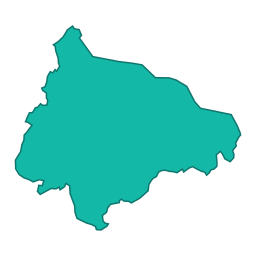 outline of Agros, Nicosia, Cyprus
{"feature_id": "46923920B12968995104077", "entity_name": "Agros", "entity_type": "district", "adm_level": 2, "iso_a3": "CYP", "parent_name": "Cyprus", "parent_adm1": "Nicosia", "projection": "robinson", "projection_center": [33.017, 34.919], "detail": "fine", "context": "isolated", "style": "filled", "palette": "teal", "viewbox_px": 256, "rotation_deg": 0, "n_neighbors": 0, "source": "geoboundaries", "source_scale": "gbopen_adm2", "svg_char_len": 1793}
<svg xmlns="http://www.w3.org/2000/svg" viewBox="0 0 256 256"><path d="M127.9,62.7L118.2,61.5L92.8,56.6L79.3,37.9L81.5,35.4L79.1,29.6L74.4,28.8L72.6,26.1L70.1,27.9L67.5,29.8L63.2,36.9L58.1,41.7L53.4,44.8L55.2,46.4L55.8,50.9L56.8,54.0L58.2,58.3L58.5,63.1L59.7,66.2L56.5,71.3L55.1,69.6L52.8,72.8L50.2,71.7L47.5,76.5L46.7,82.1L45.0,86.7L41.7,88.1L42.7,90.4L46.4,93.1L46.4,97.7L47.7,100.3L47.0,105.0L42.6,105.4L40.6,103.7L37.6,107.3L35.4,107.8L32.5,112.6L29.4,112.8L27.5,116.8L25.5,121.7L28.1,122.4L32.0,125.3L29.8,128.1L27.0,132.0L24.2,135.0L23.9,140.3L21.9,144.6L20.7,151.5L15.4,160.2L15.7,168.8L19.1,174.5L24.1,177.9L29.2,179.7L33.2,181.9L39.2,179.7L43.8,180.6L42.3,185.6L38.8,185.3L37.5,191.5L39.7,193.9L40.2,194.4L46.8,190.8L51.1,188.5L56.0,188.8L59.2,187.2L60.1,189.8L64.6,186.7L65.9,183.4L69.7,185.9L70.1,193.8L73.0,201.4L74.7,206.1L75.0,212.1L77.0,218.4L81.3,220.5L87.0,223.2L91.3,224.4L95.5,226.5L96.4,229.6L97.0,229.7L101.2,229.9L106.9,226.2L108.3,223.9L104.9,223.1L103.0,220.7L102.4,215.5L106.6,212.2L107.7,207.8L110.6,204.3L118.2,202.8L119.1,202.8L119.6,200.5L121.4,199.2L124.0,201.1L128.6,201.3L131.3,202.9L134.8,201.0L139.8,198.2L144.4,194.1L148.1,190.8L148.9,184.5L151.2,180.6L153.3,178.2L156.4,176.6L158.6,172.1L161.5,170.6L164.9,170.2L169.8,171.4L173.3,171.7L177.0,172.7L182.3,169.1L183.7,172.0L188.5,168.4L192.4,166.6L197.8,169.5L201.3,171.2L203.4,171.8L204.9,172.3L206.6,175.2L209.4,172.7L210.9,169.9L214.1,169.0L216.9,166.3L216.9,161.4L216.3,154.9L220.3,151.3L222.1,153.4L225.0,159.0L230.2,161.7L233.7,157.7L233.9,154.0L232.5,150.6L236.3,145.9L235.6,143.2L238.8,137.1L240.6,134.9L239.9,132.2L237.1,125.5L231.2,114.6L200.5,108.3L194.7,101.7L186.8,86.4L176.1,80.0L169.2,77.9L155.4,77.7L142.1,64.9L132.3,63.2L127.9,62.7Z" fill="#14b8a6" stroke="#0f766e" stroke-width="1.5"/></svg>